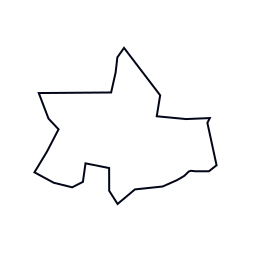 map outline of Sejas (orthographic projection), rotated 106°
{"feature_id": "LVA-5777", "entity_name": "Sejas", "entity_type": "Municipality", "adm_level": 1, "iso_a3": "LVA", "parent_name": "Latvia", "parent_adm1": "", "projection": "orthographic", "projection_center": [24.56, 57.211], "detail": "fine", "context": "isolated", "style": "outline", "palette": "ink", "viewbox_px": 256, "rotation_deg": 106, "n_neighbors": 0, "source": "natural_earth", "source_scale": "10m", "svg_char_len": 520}
<svg xmlns="http://www.w3.org/2000/svg" viewBox="0 0 256 256"><g transform="rotate(106 128 128)"><path d="M139.4,32.6L147.3,38.3L151.0,51.3L151.8,55.7L153.1,57.6L158.5,60.7L164.6,66.5L174.7,78.6L185.1,104.4L203.9,117.1L193.5,128.8L171.7,135.1L173.7,159.1L192.2,156.5L200.4,165.3L201.1,184.3L196.4,205.7L173.1,199.4L148.4,194.4L140.9,207.0L119.0,223.4L98.5,154.0L78.0,155.2L63.0,157.7L52.1,153.9L87.7,106.1L108.8,103.6L103.4,74.6L95.9,52.1L101.2,53.1L139.4,32.6Z" fill="none" stroke="#020617" stroke-width="2"/></g></svg>